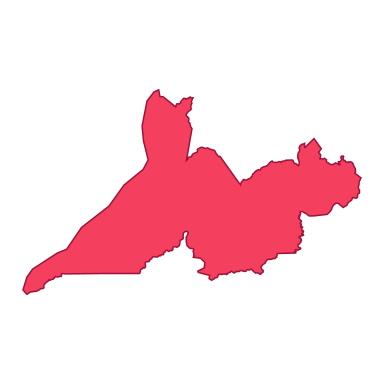 Rio Branco, Acre, Brazil
{"feature_id": "56859067B21668185569596", "entity_name": "Rio Branco", "entity_type": "district", "adm_level": 2, "iso_a3": "BRA", "parent_name": "Brazil", "parent_adm1": "Acre", "projection": "natural_earth1", "projection_center": [-68.243, -9.995], "detail": "fine", "context": "isolated", "style": "filled", "palette": "rose", "viewbox_px": 384, "rotation_deg": 0, "n_neighbors": 0, "source": "geoboundaries", "source_scale": "gbopen_adm2", "svg_char_len": 6075}
<svg xmlns="http://www.w3.org/2000/svg" viewBox="0 0 384 384"><path d="M64.9,273.9L103.3,273.5L139.1,273.5L139.8,273.3L140.5,270.3L140.9,269.4L142.7,268.5L143.1,267.5L144.2,268.1L144.8,267.8L145.3,267.2L145.5,266.6L145.5,265.0L145.0,263.9L145.5,262.4L146.2,261.8L149.1,261.6L150.0,259.7L151.6,258.7L152.5,257.2L153.2,256.7L153.9,256.7L157.2,257.1L159.4,255.6L160.1,255.9L160.8,255.6L161.6,254.6L162.1,254.5L162.9,254.8L163.5,254.6L164.0,252.4L165.5,251.6L165.8,250.6L166.5,250.1L167.8,250.8L168.5,251.4L169.5,251.1L170.4,250.4L171.7,250.7L172.9,249.6L173.0,249.0L172.8,248.2L173.0,247.4L173.5,246.9L175.2,246.7L176.9,247.3L178.7,246.2L179.3,245.6L179.7,244.4L180.0,241.2L180.3,240.4L181.0,240.1L181.7,239.4L182.4,239.3L183.3,238.4L183.1,236.2L183.3,233.6L183.7,232.8L184.9,231.6L186.7,231.4L187.2,231.5L187.9,232.2L188.3,233.1L187.9,233.6L187.8,234.5L186.1,237.3L186.3,237.9L186.2,240.1L186.4,242.6L186.8,243.6L186.8,244.7L187.2,245.9L187.8,246.3L189.0,247.6L190.3,248.5L192.4,248.5L193.7,249.2L193.1,251.5L193.8,253.8L193.8,256.0L193.3,257.3L200.5,258.2L204.9,262.5L204.2,267.9L197.8,271.1L198.3,272.4L209.6,275.4L209.1,278.6L211.7,280.3L213.7,279.0L214.2,278.9L214.9,278.1L215.5,277.7L216.9,277.6L217.5,277.2L218.1,275.2L218.8,274.4L221.4,274.3L221.9,274.6L222.6,274.2L224.3,273.9L225.0,274.2L226.0,273.7L226.5,274.5L227.3,274.2L228.6,272.7L230.3,272.3L230.6,271.5L231.7,271.4L234.1,273.0L235.7,271.9L238.4,271.3L238.9,271.6L239.3,271.2L240.9,270.6L241.9,270.6L242.9,271.1L244.1,271.4L245.7,271.3L246.5,270.7L247.0,269.8L247.7,269.7L249.5,270.1L250.3,269.3L251.5,269.2L252.0,269.5L252.1,270.1L255.4,273.1L256.8,272.7L257.7,272.9L258.2,273.3L258.9,273.3L259.6,273.7L259.9,274.3L260.8,274.1L262.4,272.3L263.0,272.2L263.3,270.6L261.9,269.5L261.6,268.9L261.0,267.4L261.3,266.3L261.8,266.0L262.8,264.6L265.1,263.2L265.2,262.5L266.0,261.6L266.3,260.7L268.2,259.1L269.3,259.5L271.4,259.3L273.7,258.4L274.4,258.7L275.1,258.5L276.1,257.3L276.8,257.0L276.5,256.2L277.0,255.6L277.2,254.1L277.5,253.5L295.6,253.0L296.0,251.7L294.6,251.9L295.4,249.7L296.2,249.5L297.4,250.4L300.4,249.0L300.7,248.4L300.2,247.7L299.3,247.7L298.4,247.0L298.1,246.4L298.0,245.4L298.2,244.2L299.5,244.0L300.1,242.6L301.1,241.8L300.7,240.2L301.4,240.1L301.0,238.6L300.4,237.9L299.6,237.8L299.0,237.4L299.2,236.6L303.5,235.3L303.3,234.5L302.1,234.8L301.7,233.8L303.0,232.7L303.5,231.4L303.1,230.7L302.3,231.1L301.8,230.2L301.8,228.3L302.3,227.7L302.5,227.1L301.8,226.6L301.2,227.1L300.6,226.9L300.5,226.3L300.7,225.5L301.3,224.8L301.4,224.1L300.7,223.8L300.1,223.1L301.4,221.7L301.2,220.6L300.0,219.8L299.7,219.1L298.6,218.6L299.5,217.4L299.6,216.8L299.0,217.0L298.6,216.4L299.0,215.7L299.7,215.6L300.1,215.2L300.2,214.3L300.7,213.8L300.0,212.2L300.5,211.8L301.1,211.5L301.8,211.5L303.9,212.4L304.6,213.0L305.7,213.2L308.6,215.7L310.1,216.0L314.8,215.8L327.1,214.4L329.9,211.8L330.7,210.5L331.4,209.9L332.0,207.8L333.2,205.4L336.1,203.1L338.1,203.3L343.2,207.5L346.9,205.2L348.4,202.3L351.6,200.2L352.6,197.6L356.2,198.2L357.1,197.6L357.6,196.9L357.5,195.0L358.0,193.7L359.2,193.3L359.6,192.4L359.4,191.3L359.6,190.2L358.6,188.8L358.4,187.9L358.4,186.3L359.0,184.8L359.1,182.1L361.0,177.9L354.9,173.2L355.6,171.8L355.4,169.1L355.2,168.4L353.9,166.3L352.9,163.5L352.5,162.9L351.6,162.2L350.5,161.8L348.3,161.9L347.8,162.5L347.1,162.1L345.7,161.9L345.0,160.5L343.9,160.3L343.3,159.5L343.1,158.9L343.4,157.2L343.7,156.6L343.4,156.1L342.8,156.3L341.5,156.1L341.1,156.6L340.8,157.3L341.3,158.7L341.4,159.7L341.2,160.4L340.5,161.4L339.9,161.7L338.4,161.7L338.6,162.5L339.7,164.0L339.8,164.8L338.4,164.4L337.6,163.6L335.3,162.9L333.6,164.3L332.3,164.3L331.6,164.6L330.2,164.4L328.4,162.9L327.4,162.6L326.8,162.1L326.2,160.7L326.6,160.0L324.6,158.3L323.6,158.8L320.0,158.9L320.6,155.9L320.6,154.8L318.6,152.4L321.3,148.7L314.0,138.6L305.0,147.5L304.7,146.9L304.5,145.1L304.6,143.3L303.2,144.1L301.8,144.3L299.8,146.0L299.1,147.7L299.8,150.5L298.2,153.0L297.8,155.4L297.8,158.1L298.6,159.8L299.3,162.3L298.8,165.1L298.5,165.7L296.7,164.4L295.9,163.6L295.0,163.6L294.3,163.0L293.8,162.6L293.1,160.7L292.4,160.0L286.1,160.2L285.4,160.4L285.0,160.9L282.2,161.2L281.2,162.4L280.1,161.6L279.4,161.6L276.9,162.4L273.3,162.3L272.1,161.0L269.6,162.6L269.2,163.7L268.1,164.5L267.5,165.5L266.5,166.0L262.8,167.1L261.3,168.1L260.8,168.8L260.5,169.7L259.8,170.2L258.4,169.6L256.9,170.3L256.5,171.1L255.7,171.1L253.5,173.6L252.9,173.9L252.5,174.6L252.1,176.4L251.3,176.9L249.9,178.5L248.6,178.8L246.5,180.0L245.6,180.2L244.1,179.4L243.2,179.7L242.9,180.6L241.7,181.6L240.9,183.2L240.6,184.7L238.9,182.8L220.3,156.8L219.7,156.3L219.1,156.5L218.6,156.5L217.8,155.8L217.1,154.5L215.9,153.2L214.9,150.9L214.1,150.2L209.8,149.1L208.7,148.4L207.4,147.9L205.4,148.5L202.0,147.2L200.4,147.6L197.9,148.9L197.5,149.4L197.2,149.9L197.6,150.7L197.5,151.4L197.1,152.1L193.4,153.6L192.4,154.6L191.8,155.4L191.8,156.2L191.5,156.7L188.8,157.1L188.2,157.7L187.7,159.4L186.4,160.5L192.0,128.6L190.6,126.6L189.7,122.9L188.5,122.1L188.4,121.4L188.9,119.9L188.8,118.3L188.5,117.6L187.8,117.3L187.5,116.7L186.9,116.4L186.2,115.3L186.2,114.5L186.6,113.7L188.4,111.5L190.9,109.7L191.2,108.5L190.8,107.6L190.9,105.7L191.9,103.2L191.5,101.8L191.5,101.0L193.0,97.8L191.6,98.0L190.4,97.0L189.1,97.5L188.8,98.3L187.5,98.3L186.2,99.2L185.5,98.6L184.1,98.2L183.4,98.6L181.0,101.3L180.6,102.2L180.4,103.2L178.7,104.1L177.9,103.7L177.0,103.8L176.5,104.3L176.0,105.6L176.1,106.3L175.7,106.9L163.0,96.7L159.9,96.5L158.7,89.8L154.1,91.8L147.0,101.1L142.3,125.0L142.2,125.8L142.3,128.2L143.5,140.9L148.2,159.9L143.2,169.4L124.0,185.1L109.0,206.1L81.5,227.5L66.6,249.3L57.2,253.1L32.5,269.2L26.9,277.2L23.0,289.9L26.5,294.0L27.2,294.2L30.2,292.0L31.2,291.8L31.9,292.0L33.2,291.5L34.8,291.5L35.6,291.2L36.3,291.4L38.5,290.1L39.3,289.9L40.1,289.0L40.8,289.0L41.3,288.6L42.7,288.6L43.7,288.1L44.0,287.3L43.7,286.7L44.2,284.2L45.1,283.7L46.5,282.2L48.2,281.1L48.7,279.9L50.0,280.4L50.5,279.8L53.2,279.2L53.9,277.9L54.4,278.1L55.5,276.5L57.7,277.1L59.6,276.4L61.0,276.5L61.5,276.0L61.5,273.8L63.1,273.6L64.9,273.9Z" fill="#f43f5e" stroke="#9f1239" stroke-width="1.5"/></svg>